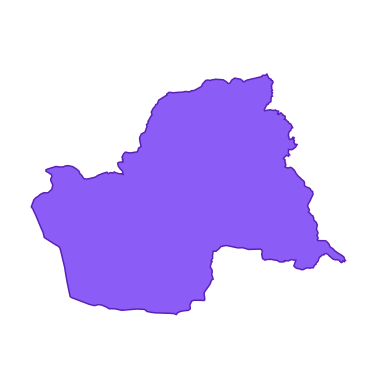 Nyaung-U, Mandalay, Myanmar, rotated 275°
{"feature_id": "60261553B51345078390617", "entity_name": "Nyaung-U", "entity_type": "district", "adm_level": 2, "iso_a3": "MMR", "parent_name": "Myanmar", "parent_adm1": "Mandalay", "projection": "natural_earth1", "projection_center": [95.197, 20.928], "detail": "fine", "context": "isolated", "style": "filled", "palette": "violet", "viewbox_px": 384, "rotation_deg": 275, "n_neighbors": 0, "source": "geoboundaries", "source_scale": "gbopen_adm2", "svg_char_len": 6027}
<svg xmlns="http://www.w3.org/2000/svg" viewBox="0 0 384 384"><g transform="rotate(275 192 192)"><path d="M316.0,256.3L315.6,255.9L314.8,255.3L314.6,253.8L314.3,251.9L313.1,251.6L310.3,243.3L308.4,237.3L306.2,233.9L308.0,231.6L308.6,230.4L309.2,224.6L306.8,221.7L304.3,220.6L303.4,219.7L303.4,218.3L304.9,216.6L305.4,215.5L306.5,213.3L306.4,205.4L306.0,204.9L306.0,204.5L305.9,203.7L305.4,201.9L304.8,200.6L304.6,200.4L304.9,199.2L304.9,198.8L304.8,197.5L304.6,196.7L304.2,195.8L300.4,193.0L298.1,192.4L295.4,188.5L293.3,185.2L292.8,182.4L291.5,180.8L291.6,176.8L290.6,173.5L290.1,169.6L289.2,164.5L289.3,162.0L289.4,160.6L287.4,158.3L286.4,158.6L280.7,150.9L277.7,150.0L276.7,149.7L275.9,148.3L273.8,147.7L272.2,146.2L269.1,144.9L268.5,144.6L267.6,144.6L265.3,145.5L264.4,144.7L258.4,142.0L257.9,142.4L256.3,142.0L256.1,141.5L255.1,140.8L253.6,141.5L247.7,140.0L245.4,136.5L241.7,135.1L238.9,135.4L232.9,137.3L231.1,135.0L227.3,134.2L225.5,126.9L225.9,122.1L223.9,120.5L220.5,119.2L219.8,119.7L219.2,119.9L219.1,120.1L218.8,120.2L218.7,119.9L218.4,119.9L217.9,119.9L217.8,120.1L217.6,120.5L216.5,120.4L216.0,120.7L215.8,120.4L215.8,119.7L215.8,119.4L215.6,119.4L215.4,116.9L214.2,115.4L211.2,116.4L208.3,118.9L207.1,120.7L203.6,121.9L203.8,120.5L204.1,120.5L203.8,118.5L204.5,114.2L205.2,112.9L204.9,112.4L204.2,111.9L204.2,109.0L202.9,106.8L204.3,105.5L202.8,101.7L200.5,97.0L198.4,94.4L197.0,90.4L195.8,86.5L195.8,83.2L198.6,80.9L199.6,80.0L200.1,79.3L200.3,78.8L201.9,78.1L203.2,77.3L205.2,74.3L206.9,70.9L207.5,66.4L207.0,63.8L205.8,61.4L205.4,58.6L205.6,54.2L204.5,51.6L202.1,45.7L201.2,44.5L199.9,44.8L198.9,47.1L197.0,50.5L195.4,51.1L192.6,50.1L190.7,50.4L189.1,51.6L186.7,52.7L182.5,52.1L180.2,50.0L179.6,49.6L179.4,49.3L179.0,48.8L178.7,48.5L178.7,48.2L178.5,47.6L178.4,46.7L178.5,46.4L178.4,45.7L178.4,45.4L178.4,45.0L178.3,44.7L178.2,44.3L178.2,44.1L178.0,43.6L177.5,42.9L177.3,42.7L176.9,41.9L176.7,41.5L176.4,41.1L175.5,40.2L175.3,39.9L174.7,39.6L172.5,36.7L170.3,35.1L163.2,33.2L161.4,34.8L155.2,38.4L142.2,45.2L138.7,47.2L133.8,48.8L128.6,58.7L126.1,63.9L124.6,65.3L122.1,66.3L114.9,68.7L108.3,70.9L104.7,72.1L103.3,72.3L93.3,74.9L83.8,77.7L77.3,79.7L76.4,80.9L71.1,99.6L70.3,104.8L71.7,108.6L71.5,112.1L69.8,117.0L68.4,119.7L68.7,121.5L68.9,125.9L68.0,132.3L70.6,147.1L70.9,153.8L70.7,155.4L69.1,157.5L68.6,161.7L68.4,165.7L69.2,180.0L69.3,184.9L68.5,186.9L69.5,187.8L70.3,187.9L71.8,190.4L71.9,190.9L72.7,193.2L73.2,195.5L73.6,197.6L73.7,198.4L75.0,200.2L75.6,200.4L76.9,200.3L79.3,199.7L81.9,200.7L83.7,201.6L84.4,203.9L84.9,210.7L84.9,213.3L85.7,214.1L88.0,213.8L91.2,213.0L92.9,213.0L93.9,213.4L98.5,216.1L100.0,217.0L102.5,218.3L104.7,218.7L106.1,219.3L107.0,220.7L110.0,219.5L111.9,218.7L113.4,219.1L115.1,219.1L117.1,218.1L118.6,216.9L119.4,216.8L122.7,217.3L124.6,218.1L125.3,217.0L127.8,218.3L130.3,218.0L134.8,218.2L135.1,221.2L137.9,223.9L140.3,225.6L140.3,226.2L141.2,228.8L141.7,231.2L141.4,233.7L140.5,241.1L140.5,241.3L140.3,242.4L140.9,247.4L139.7,253.3L141.1,265.2L139.6,267.2L136.0,266.9L131.8,268.1L130.5,270.7L130.8,271.5L131.2,272.0L131.4,272.9L131.5,273.9L131.6,275.3L131.8,276.7L131.8,277.5L131.4,279.8L131.4,282.5L130.1,285.0L130.1,287.8L130.8,290.4L131.7,290.2L131.8,294.1L133.2,296.5L133.1,301.4L127.2,299.9L125.6,301.7L124.9,303.7L124.8,306.0L124.2,307.7L124.4,309.8L125.1,310.6L125.4,311.1L126.2,312.6L126.5,313.4L126.4,315.4L126.5,316.6L127.0,317.8L127.2,319.6L129.5,320.2L130.7,321.8L131.8,321.8L133.7,323.4L137.0,324.3L138.0,324.5L138.2,324.8L138.8,325.6L139.6,326.4L140.4,326.9L140.8,327.4L140.9,328.1L140.8,328.9L141.4,329.2L142.0,329.8L142.4,330.8L142.0,332.3L141.4,333.2L140.8,333.7L137.4,338.3L136.9,341.1L137.1,342.0L137.1,344.1L136.6,344.9L135.9,345.2L135.6,345.8L135.0,346.3L134.7,347.2L135.4,347.9L136.4,348.2L136.0,349.2L135.9,349.9L136.8,349.7L137.1,350.8L138.1,349.9L140.3,349.1L141.9,346.9L143.5,343.5L145.7,339.6L147.9,337.2L149.2,334.5L152.4,332.7L154.7,330.1L155.1,328.8L154.8,325.1L154.8,323.7L154.6,322.3L154.8,321.3L155.6,320.9L156.9,321.7L159.0,320.8L159.5,320.1L160.9,320.7L161.9,321.1L162.7,320.9L163.6,320.5L164.6,319.8L165.3,319.3L166.2,319.3L170.3,319.7L172.8,318.2L174.6,315.8L176.7,315.5L178.9,314.4L179.4,313.1L181.4,311.0L182.1,309.7L183.1,310.2L183.9,310.5L184.6,310.4L188.1,308.3L190.6,309.0L193.3,310.3L195.9,311.2L200.2,312.8L203.1,312.1L203.7,310.6L205.4,309.6L206.3,308.2L206.9,305.6L208.0,303.6L211.2,303.2L212.7,302.4L213.8,300.6L213.9,300.1L214.5,299.8L217.3,296.2L219.5,294.1L222.7,292.0L224.5,289.6L225.2,288.2L224.3,285.5L224.5,284.2L225.2,282.3L227.2,283.2L228.2,282.6L229.2,282.6L230.1,281.9L230.7,282.0L232.2,281.8L233.3,280.1L236.7,282.7L236.5,283.9L236.1,285.0L236.8,284.9L237.4,286.1L239.3,284.5L241.7,284.7L242.6,284.3L242.9,284.7L243.0,285.6L242.8,286.5L242.7,287.2L243.1,288.0L243.4,288.7L244.3,289.7L244.7,290.3L245.8,291.2L247.2,292.0L248.5,292.6L248.6,292.1L248.4,290.9L248.4,290.3L249.4,290.1L250.0,289.1L252.3,289.5L252.8,288.7L253.6,288.5L254.2,288.9L254.9,289.1L255.2,288.7L255.4,288.0L255.1,287.4L254.4,287.2L253.6,287.2L253.3,287.1L253.4,285.9L252.9,285.3L252.9,284.5L253.5,284.0L255.5,283.7L256.3,282.9L257.2,283.3L259.2,283.1L260.0,283.5L260.6,283.6L261.8,284.9L264.0,285.4L264.5,285.9L264.8,286.7L268.0,284.7L268.2,284.1L268.7,283.8L269.2,282.2L270.4,281.7L270.9,280.6L271.8,279.7L272.3,279.0L272.6,277.6L273.8,278.4L275.7,278.1L276.1,276.4L276.6,276.0L277.2,275.8L277.8,274.3L278.4,274.1L278.5,273.3L278.0,272.7L277.8,272.2L277.2,272.1L276.8,271.7L277.0,271.1L276.8,270.8L277.6,270.3L279.5,271.3L280.1,271.2L280.2,270.4L280.2,269.2L281.0,267.9L280.3,266.4L280.7,262.5L279.9,259.4L279.2,257.5L279.7,257.0L280.5,256.9L285.6,259.0L285.5,259.3L285.8,259.5L286.1,260.2L286.7,260.2L287.2,260.4L287.4,261.1L287.7,261.3L288.9,262.7L293.6,262.6L294.5,263.8L295.6,263.0L295.8,263.1L296.9,263.2L297.9,263.6L299.0,262.4L300.3,263.3L302.1,262.2L303.5,262.3L304.6,261.8L308.4,263.2L309.9,262.5L310.1,261.2L311.0,261.1L311.4,260.5L311.8,259.5L311.9,258.7L316.0,256.3Z" fill="#8b5cf6" stroke="#5b21b6" stroke-width="1.5"/></g></svg>